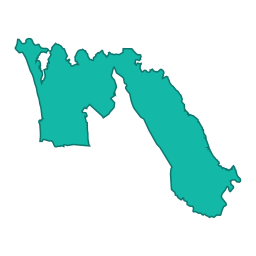 Western Area Urban, Western, Sierra Leone
{"feature_id": "65957751B7442620669158", "entity_name": "Western Area Urban", "entity_type": "district", "adm_level": 2, "iso_a3": "SLE", "parent_name": "Sierra Leone", "parent_adm1": "Western", "projection": "equal_earth", "projection_center": [-13.216, 8.449], "detail": "fine", "context": "isolated", "style": "filled", "palette": "teal", "viewbox_px": 256, "rotation_deg": 0, "n_neighbors": 0, "source": "geoboundaries", "source_scale": "gbopen_adm2", "svg_char_len": 5610}
<svg xmlns="http://www.w3.org/2000/svg" viewBox="0 0 256 256"><path d="M230.8,181.8L230.3,181.0L232.7,179.8L234.8,180.0L235.9,180.6L236.6,181.7L239.1,182.2L240.2,181.5L240.6,180.1L239.8,178.2L238.6,177.4L237.1,175.3L235.6,169.8L235.1,169.5L234.6,167.5L233.5,165.8L232.2,167.1L231.9,168.8L231.3,168.4L230.8,169.0L230.8,169.5L230.2,169.4L228.9,170.5L228.6,170.0L227.1,169.4L226.9,169.5L227.2,170.0L226.7,170.1L226.5,169.1L226.0,169.3L225.8,168.8L225.5,169.0L223.6,167.8L222.4,167.9L222.3,168.2L221.1,166.2L220.4,166.4L220.1,165.9L218.6,165.6L218.2,164.8L218.4,164.1L219.2,163.6L218.9,162.1L217.6,161.0L217.4,160.3L216.2,159.6L212.7,155.3L210.6,151.3L210.1,151.3L210.0,149.8L209.5,148.9L209.1,148.6L208.7,148.9L209.0,147.9L207.6,147.6L208.7,147.2L208.8,146.8L206.5,140.4L205.4,138.8L205.6,138.5L205.3,138.1L206.0,138.4L205.7,136.0L204.7,134.9L204.6,134.3L203.8,134.0L203.3,129.8L202.6,129.6L202.1,130.1L202.5,129.0L202.5,128.1L200.8,125.5L199.0,122.1L198.6,121.7L198.2,121.9L197.9,119.6L193.4,115.9L191.4,115.3L190.7,114.8L189.7,114.7L188.8,115.4L188.7,114.2L188.2,114.1L188.2,113.7L187.7,114.1L187.7,113.1L186.9,111.6L185.2,110.4L185.0,110.9L184.6,110.7L185.1,109.7L184.5,108.6L184.3,104.6L181.6,101.7L182.2,99.1L180.8,95.1L179.8,94.3L178.1,91.6L176.0,90.0L173.1,86.4L171.3,85.0L169.5,82.3L169.1,80.4L168.0,78.4L167.7,77.0L166.4,76.4L162.5,78.5L162.4,78.0L163.3,75.4L163.3,74.3L163.9,73.0L163.7,71.9L163.2,70.9L161.6,69.5L160.5,69.4L157.6,72.0L156.2,71.6L155.5,71.8L153.9,71.1L152.3,69.2L150.8,70.1L150.2,70.0L150.2,71.5L148.8,72.4L146.9,71.8L146.3,70.8L145.1,70.3L144.3,70.4L142.6,71.9L141.7,71.7L140.0,68.4L140.2,65.8L141.2,63.9L141.2,63.4L139.1,63.9L138.4,63.3L137.3,63.2L136.3,65.0L134.8,63.5L135.3,63.1L135.3,61.3L135.7,60.1L137.0,59.6L139.1,60.6L140.6,59.2L140.1,58.3L140.8,57.5L141.0,56.4L140.6,55.1L139.9,54.6L138.2,54.9L136.7,54.2L133.1,50.6L132.7,49.7L131.8,48.8L123.2,48.7L123.0,52.4L119.2,54.6L115.9,54.2L113.6,54.7L112.8,54.1L111.1,54.1L110.0,52.7L109.2,52.4L108.6,52.7L109.0,53.5L107.6,56.1L107.1,56.5L106.5,56.1L106.5,56.6L104.7,54.4L103.5,53.6L102.6,50.7L102.1,50.4L99.0,53.1L98.2,52.6L96.0,54.6L95.6,55.1L95.8,55.8L95.6,56.5L93.7,57.5L93.4,58.1L93.6,59.4L93.2,60.5L92.1,60.2L91.5,59.6L89.8,59.5L87.9,56.4L87.6,54.1L85.9,52.3L85.7,51.1L85.1,50.4L85.5,51.6L82.7,49.3L81.7,49.9L79.9,50.0L78.1,51.0L76.5,53.6L75.8,55.6L75.1,56.5L75.0,57.3L75.3,59.6L75.1,60.1L75.4,61.1L75.7,61.5L77.0,61.6L77.2,63.2L78.6,64.3L78.5,64.6L76.0,64.3L72.5,66.0L71.3,65.8L70.7,64.8L70.7,63.8L69.0,63.0L68.7,61.7L69.1,60.4L69.5,60.3L69.6,59.8L69.2,59.3L68.0,59.9L67.7,61.1L66.8,60.9L65.9,59.5L65.9,58.2L67.4,56.0L66.0,53.4L64.3,48.9L62.7,48.5L61.5,46.6L60.5,45.7L58.3,44.5L56.8,44.4L55.6,43.4L51.8,47.7L51.9,49.5L50.7,51.1L50.2,51.1L50.5,51.4L50.1,51.9L50.2,53.4L50.6,53.6L50.9,55.2L48.1,59.5L48.7,61.0L48.6,61.8L49.1,61.9L49.1,62.9L48.7,62.5L47.5,63.3L47.6,65.0L47.0,65.8L47.0,66.5L47.4,66.6L47.2,66.7L47.2,67.8L47.6,68.1L47.4,69.0L46.9,69.3L46.6,69.0L45.5,69.0L45.2,69.6L44.1,69.7L44.1,70.6L45.3,75.1L45.4,75.6L45.0,75.9L45.2,77.1L44.1,79.0L43.9,80.2L42.6,80.6L42.4,82.0L41.6,83.5L40.8,79.8L42.6,74.5L41.8,70.7L40.7,70.9L40.5,68.3L39.5,68.5L39.7,67.9L39.2,67.5L40.2,66.8L40.3,66.3L39.6,66.0L40.5,65.7L40.4,63.8L39.8,61.7L39.0,60.8L37.6,60.3L36.6,60.9L36.0,61.9L36.0,61.0L36.9,58.9L37.0,57.9L37.7,58.1L38.0,57.5L38.3,55.5L39.1,55.2L40.8,52.3L43.4,51.9L46.4,52.7L46.4,52.0L47.8,50.6L48.8,50.7L47.9,49.2L46.6,48.5L42.8,48.4L41.1,47.9L39.8,46.3L38.9,44.5L38.2,44.3L36.2,45.2L34.7,45.0L33.1,42.9L31.7,39.5L30.7,38.8L28.4,38.6L26.6,39.5L26.0,40.3L25.8,42.5L25.4,43.0L24.2,43.6L22.0,43.5L19.3,39.8L18.8,39.4L17.7,39.4L17.1,44.0L16.7,44.6L16.1,46.8L15.4,47.3L15.4,48.7L19.3,52.8L21.8,52.2L22.8,52.7L25.6,57.5L26.6,59.8L30.3,70.6L32.4,74.6L33.5,77.9L34.6,82.5L36.4,87.8L37.5,94.0L39.2,99.3L39.8,103.6L40.9,107.6L42.1,117.3L43.0,118.5L42.1,118.7L41.8,120.0L41.2,120.1L40.7,121.0L40.0,120.1L39.5,120.9L38.9,121.0L39.0,122.5L39.9,124.5L40.4,131.9L40.5,136.0L40.0,141.4L42.0,141.4L43.2,139.7L43.9,139.4L49.4,141.0L51.0,140.7L52.6,141.7L54.4,145.7L55.0,146.6L56.0,146.8L57.8,146.3L60.1,146.3L61.4,145.7L63.8,146.5L63.8,144.7L64.4,144.6L67.2,145.5L73.5,144.5L89.6,145.9L88.8,144.4L87.9,138.8L87.8,132.9L87.4,130.5L87.2,122.6L86.1,121.8L85.0,116.4L86.2,116.9L87.1,116.0L86.6,114.3L85.8,112.8L82.4,112.4L82.0,111.2L84.6,107.6L85.6,108.3L86.7,108.6L86.9,107.4L89.6,104.5L102.4,116.2L103.3,117.8L108.9,113.9L109.9,112.2L114.0,107.5L114.6,102.8L110.7,98.4L114.4,95.7L113.7,93.9L113.9,93.2L115.1,94.4L114.6,92.1L115.1,90.1L116.5,87.2L116.2,87.0L116.2,85.6L114.4,80.1L112.3,77.7L111.3,75.8L113.2,68.5L114.1,67.2L115.5,69.9L116.5,72.9L122.5,77.0L123.6,78.3L124.4,82.9L125.0,83.5L125.8,83.4L126.7,85.4L126.8,85.8L125.7,87.0L125.7,88.3L127.3,90.9L129.7,93.7L131.4,101.4L133.1,106.3L134.2,108.5L140.6,117.0L143.8,118.9L149.2,130.6L156.8,144.1L160.1,147.6L171.9,167.0L171.0,169.1L170.5,173.7L171.5,189.6L175.0,192.5L175.4,195.1L177.3,195.7L177.5,196.8L178.0,197.5L180.8,199.7L181.7,199.7L182.9,198.0L183.5,197.9L184.1,200.5L187.1,201.7L187.1,204.5L190.0,206.2L192.2,206.2L193.0,206.8L193.4,207.7L193.5,208.9L193.0,211.0L193.4,211.8L195.8,211.7L198.7,213.2L200.7,213.1L202.3,214.7L203.3,215.0L204.2,214.3L205.3,214.5L206.1,215.5L207.4,215.9L209.7,217.4L211.1,216.3L213.9,217.3L216.7,215.1L220.3,215.2L220.9,214.5L221.5,211.9L223.1,207.7L223.9,206.5L225.5,205.7L226.3,204.9L226.0,203.3L221.8,197.9L221.4,196.7L221.7,195.0L222.3,193.6L225.3,189.9L226.8,186.8L227.4,186.6L228.4,187.5L229.2,190.7L230.1,191.6L230.7,191.3L231.2,190.4L233.1,188.4L233.5,187.7L233.4,186.5L230.8,183.9L230.8,181.8Z" fill="#14b8a6" stroke="#0f766e" stroke-width="1.5"/></svg>